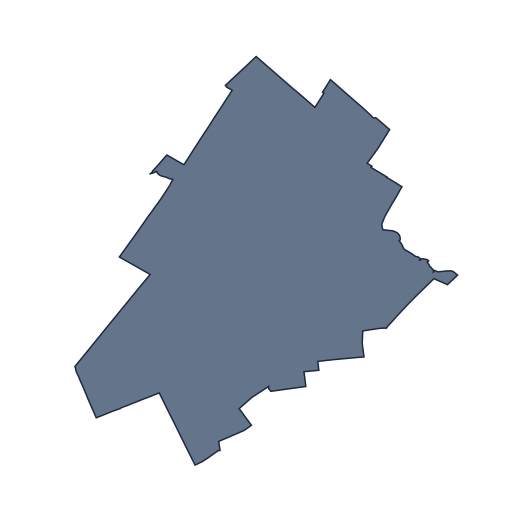 outline of Petrachioaia, Ilfov, Romania, rotated 171°
{"feature_id": "2599482B53954668792561", "entity_name": "Petrachioaia", "entity_type": "district", "adm_level": 2, "iso_a3": "ROU", "parent_name": "Romania", "parent_adm1": "Ilfov", "projection": "natural_earth1", "projection_center": [26.331, 44.59], "detail": "fine", "context": "isolated", "style": "filled", "palette": "slate", "viewbox_px": 512, "rotation_deg": 171, "n_neighbors": 0, "source": "geoboundaries", "source_scale": "gbopen_adm2", "svg_char_len": 4722}
<svg xmlns="http://www.w3.org/2000/svg" viewBox="0 0 512 512"><g transform="rotate(171 256 256)"><path d="M321.9,69.6L321.9,70.0L321.9,70.6L321.9,71.6L321.9,74.6L321.8,77.9L321.8,78.7L320.3,79.1L318.8,79.5L315.2,80.4L313.5,80.8L311.9,81.2L309.0,82.0L305.7,82.8L299.5,84.4L297.4,85.0L295.5,85.4L295.0,85.6L287.0,89.5L293.3,101.7L295.1,105.3L296.1,107.0L296.6,107.5L296.5,107.8L294.8,109.0L282.3,116.9L263.9,125.2L264.1,124.3L264.3,123.2L263.6,122.0L262.6,120.0L250.2,119.8L227.2,119.3L226.7,134.2L211.8,133.3L211.5,142.2L210.8,142.2L210.6,142.2L195.8,141.5L182.1,140.6L181.1,140.5L180.9,140.5L170.1,139.8L165.1,139.4L165.1,140.7L164.9,147.2L164.9,150.3L164.8,151.2L164.7,153.4L162.9,162.2L162.2,165.3L145.2,165.2L144.5,165.1L142.9,165.0L140.6,164.7L139.3,164.6L139.1,164.5L139.0,164.2L138.7,164.2L138.4,164.4L137.0,165.9L134.7,167.7L128.1,173.0L123.3,176.9L121.8,178.0L119.2,180.1L114.4,183.8L104.7,191.0L83.8,205.8L81.9,204.5L73.1,198.9L71.4,197.7L71.0,198.0L70.4,198.4L69.1,199.3L67.9,200.1L66.6,201.0L66.1,201.3L65.4,201.8L64.9,202.1L63.5,203.0L63.2,203.3L62.2,204.0L61.7,204.3L60.9,204.9L59.9,205.6L63.6,209.8L66.0,210.9L69.2,211.3L72.4,211.5L78.8,211.9L81.9,213.8L82.7,213.4L82.9,212.7L83.4,212.5L82.9,214.2L85.4,218.0L86.1,218.9L86.7,221.0L87.0,221.4L87.9,223.2L86.2,224.1L86.3,224.4L86.9,225.1L87.4,225.6L90.8,226.9L92.4,227.3L92.9,227.2L93.5,226.9L95.2,226.0L95.3,226.1L94.2,227.1L94.0,227.5L94.1,227.9L95.6,229.2L95.7,229.5L97.0,230.1L98.3,230.5L100.5,232.5L101.4,233.6L102.7,234.7L105.2,236.8L108.3,239.2L108.9,240.3L109.6,242.2L109.6,242.4L109.8,243.7L110.2,244.7L111.0,246.7L112.3,248.5L111.5,248.9L110.9,250.0L110.8,252.1L111.1,254.1L111.7,255.1L112.7,256.7L113.2,257.1L115.8,258.9L115.9,259.0L116.3,259.1L117.1,259.4L117.3,259.5L117.5,259.6L121.6,260.7L124.3,261.6L126.1,261.6L126.3,261.9L126.5,262.2L126.5,262.4L126.7,263.5L126.8,264.2L126.8,265.0L126.8,265.9L126.8,266.4L126.9,266.9L126.5,268.4L125.9,269.4L125.5,269.9L122.6,274.8L112.8,287.1L110.3,289.9L107.8,293.0L103.5,298.5L102.6,299.6L101.0,301.5L101.2,301.8L102.8,303.1L103.9,304.1L106.9,306.7L109.9,309.2L111.6,310.6L114.1,312.8L114.8,313.4L114.5,313.7L114.9,313.9L115.1,314.2L116.8,315.7L119.5,317.9L121.0,319.2L123.2,321.0L124.5,322.1L126.8,324.0L128.6,325.5L127.4,326.5L129.6,328.4L131.1,329.7L131.7,330.2L122.2,339.7L119.9,342.0L119.4,342.5L118.8,343.1L117.0,345.2L112.9,349.9L106.3,357.6L104.2,359.9L107.8,364.2L109.6,366.4L110.9,367.9L111.8,369.0L112.6,369.9L113.3,370.8L114.9,372.5L116.1,373.9L116.6,373.9L117.2,373.8L117.9,373.7L118.3,373.9L118.5,374.0L119.6,375.6L120.9,377.3L126.1,384.1L134.5,394.1L143.7,405.1L146.5,408.5L154.9,418.6L164.7,407.3L163.4,406.3L171.4,397.1L174.6,393.6L188.0,409.6L193.2,415.5L201.2,425.0L209.2,434.6L220.8,448.4L224.2,452.5L224.6,453.0L226.7,451.6L229.8,449.5L236.1,445.1L239.0,443.2L251.6,434.7L251.9,434.5L252.7,434.0L256.8,431.1L259.6,429.3L259.3,428.8L258.8,428.2L258.4,427.8L258.2,427.5L258.3,427.3L258.4,427.2L257.5,426.5L256.2,425.5L253.9,423.7L253.7,423.3L262.7,413.4L264.5,411.3L274.9,399.9L284.9,388.6L286.6,386.9L297.9,374.3L305.0,366.3L312.1,358.3L313.0,357.5L328.3,369.7L332.0,366.6L334.2,364.8L337.1,362.3L339.9,360.0L340.8,359.2L342.1,358.2L344.7,356.3L344.8,356.0L346.1,354.5L348.4,353.5L346.6,353.9L345.9,354.0L344.7,354.1L342.8,354.6L341.4,354.9L340.7,354.9L340.7,354.4L340.7,353.9L340.4,353.4L339.6,352.1L338.8,351.2L337.9,350.4L337.0,349.9L336.1,349.5L335.0,348.9L334.1,348.6L333.2,348.2L332.3,347.8L331.5,347.3L330.3,346.4L329.9,346.2L329.5,346.0L329.1,345.7L328.3,345.5L327.6,345.2L326.6,344.8L326.2,344.5L329.2,340.8L329.4,340.1L331.9,337.3L341.1,327.2L342.6,325.7L344.6,323.6L348.3,320.0L351.1,317.1L351.5,316.7L352.5,315.6L355.1,313.2L369.6,298.1L371.4,296.3L391.1,276.4L383.2,270.1L363.4,254.3L363.8,254.0L367.8,250.5L377.4,242.1L390.0,230.8L407.0,215.6L417.0,206.7L420.2,203.8L430.8,194.3L434.9,190.6L436.8,188.9L444.6,181.9L448.2,178.7L451.9,175.4L452.1,175.3L452.1,175.0L452.1,174.6L452.0,174.2L451.9,174.0L451.8,172.0L451.8,171.5L451.6,169.6L451.2,168.3L450.3,165.3L449.2,160.7L449.0,159.9L448.8,159.1L447.0,152.5L443.9,139.6L442.7,135.0L442.4,133.7L439.1,121.2L436.4,121.8L433.7,122.4L431.8,122.8L430.2,123.2L428.0,123.7L425.9,124.2L421.5,125.2L419.5,125.5L416.6,126.1L414.6,126.4L414.0,126.5L413.7,126.7L413.2,127.1L412.5,127.2L411.3,127.5L408.5,128.1L406.6,128.4L402.0,129.5L396.3,130.8L394.5,131.2L393.1,131.5L390.6,132.1L386.1,133.0L385.3,133.1L384.3,133.4L383.3,133.6L381.7,133.9L381.5,134.0L373.9,135.7L373.0,135.9L372.8,135.3L368.2,120.5L367.3,117.6L365.1,110.6L363.5,105.7L355.6,80.2L351.2,66.3L349.5,60.9L349.0,59.1L348.8,59.0L340.8,61.5L335.5,63.9L332.4,65.4L328.2,67.5L323.6,69.7L323.1,69.7L321.9,69.6Z" fill="#64748b" stroke="#1e293b" stroke-width="1.5"/></g></svg>